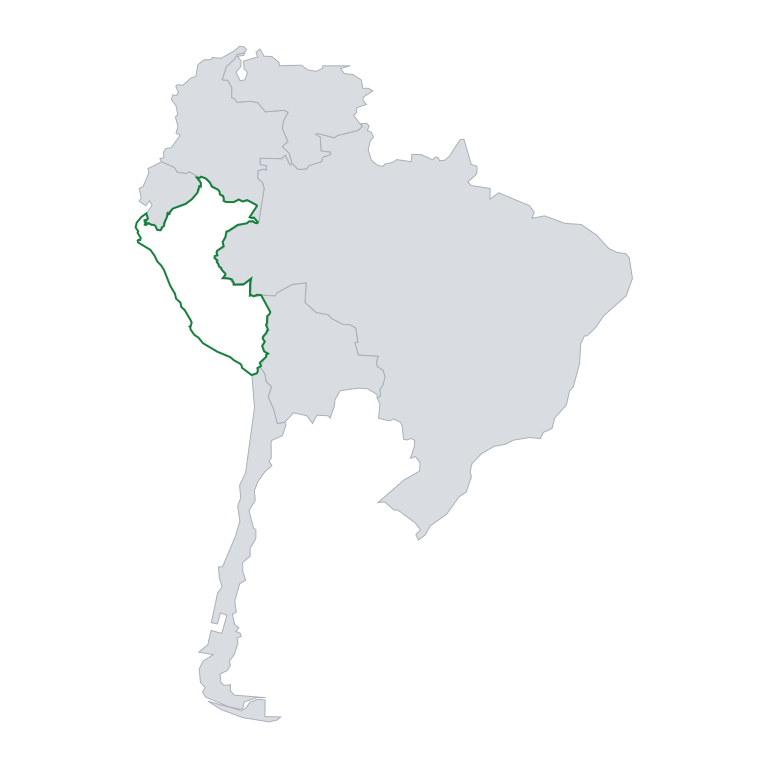 Peru highlighted, Albers equal-area conic projection
{"feature_id": "PER", "entity_name": "Peru", "entity_type": "country or territory", "adm_level": 0, "iso_a3": "PER", "parent_name": "South America", "parent_adm1": "", "projection": "albers", "projection_center": [-73.974, -9.194], "detail": "medium", "context": "with_neighbors", "style": "outline", "palette": "green", "viewbox_px": 768, "rotation_deg": 0, "n_neighbors": 6, "source": "natural_earth", "source_scale": "50m", "svg_char_len": 8209}
<svg xmlns="http://www.w3.org/2000/svg" viewBox="0 0 768 768"><path d="M265.1,700.2L264.9,716.6L280.6,717.0L277.4,719.9L269.3,721.9L242.6,717.6L221.2,709.6L208.2,701.3L241.7,710.6L246.6,707.3L249.7,702.2L258.4,699.2L265.1,700.2ZM260.1,366.8L265.1,374.2L266.4,382.0L271.7,386.6L268.3,396.8L273.6,408.9L277.4,423.5L284.8,422.2L286.0,424.9L282.3,435.7L271.1,440.7L271.2,458.1L269.0,461.4L272.0,465.5L264.8,471.8L258.1,481.3L254.4,490.5L255.2,500.4L249.0,510.6L253.4,527.9L255.9,529.7L255.8,538.7L250.1,548.2L250.2,556.2L242.7,562.4L242.7,571.1L245.6,580.3L239.7,583.7L234.7,601.3L236.3,612.3L232.4,614.1L234.6,624.4L238.9,627.7L235.7,631.4L240.2,633.1L241.2,636.4L237.0,638.0L238.0,643.0L234.4,654.2L229.3,661.3L230.4,665.4L227.3,670.5L220.0,674.1L220.9,682.5L224.2,685.3L230.5,684.8L230.3,690.6L234.2,695.1L265.7,697.7L257.3,697.5L244.2,701.9L242.6,708.8L238.7,709.0L228.1,706.5L205.5,697.0L202.6,692.2L205.2,687.7L200.5,682.5L199.2,668.9L203.2,661.0L213.3,654.6L198.8,652.2L207.8,644.7L211.1,630.4L221.8,633.5L226.9,615.3L220.4,612.9L217.4,623.9L211.3,622.7L217.6,593.1L222.1,586.8L219.3,577.7L218.5,567.0L222.6,566.7L235.6,535.8L239.9,521.1L237.7,506.1L240.7,497.8L239.6,485.3L245.6,472.8L254.5,407.5L251.9,375.0L257.3,372.3L260.1,366.8Z" fill="#d9dde1" stroke="#a8b0b8" stroke-width="1"/><path d="M418.4,540.1L415.9,534.4L420.6,530.0L415.2,522.9L397.8,510.0L394.1,510.1L384.5,501.9L378.0,502.6L403.8,480.1L419.5,471.1L420.2,462.8L415.5,456.5L410.4,458.3L414.4,446.3L414.7,440.5L411.1,438.4L407.2,439.9L403.5,439.2L402.1,425.5L400.3,422.2L393.6,419.0L389.3,420.9L378.6,418.3L379.9,404.0L377.2,397.9L380.5,395.9L379.7,389.7L382.8,385.2L385.0,376.8L382.9,370.1L377.3,366.8L376.4,362.5L378.2,356.3L358.3,355.1L354.8,342.4L357.8,342.3L355.7,328.1L349.8,324.7L343.2,324.6L331.9,318.9L327.9,314.7L316.2,312.6L305.0,302.6L306.2,283.0L292.3,284.5L277.3,292.8L274.9,296.0L261.6,295.1L255.7,296.9L250.9,295.6L251.7,279.1L243.0,285.5L233.7,285.1L229.7,279.3L222.7,278.7L224.9,274.0L219.0,267.4L214.6,257.6L217.4,255.6L217.4,251.0L223.9,247.9L222.8,242.0L225.5,238.3L226.3,233.2L238.6,225.9L248.9,222.2L258.6,222.9L264.1,188.6L262.5,182.5L257.7,178.5L257.9,170.7L264.0,169.0L266.2,170.1L266.6,166.0L260.2,164.8L260.2,158.2L281.5,158.7L285.2,155.1L290.1,164.9L292.2,163.6L298.1,169.4L306.6,168.9L308.8,165.6L321.5,161.7L322.9,157.2L330.8,154.4L330.3,152.2L321.0,151.0L320.3,137.2L315.5,134.3L317.6,133.4L334.3,137.8L337.6,135.4L358.0,130.5L362.2,126.6L360.8,123.6L366.6,123.4L369.1,125.9L367.4,130.5L371.2,132.2L373.5,137.2L370.3,140.8L368.2,149.8L371.4,160.2L377.9,165.5L383.2,166.3L384.5,164.2L393.0,162.3L396.7,159.6L411.3,161.7L411.9,154.3L421.5,154.7L432.3,159.7L435.8,157.0L438.2,157.6L439.6,160.7L444.8,160.2L449.3,156.4L460.2,139.5L464.0,139.3L471.2,164.3L477.0,166.4L476.8,173.8L468.0,182.0L471.2,185.5L490.2,188.5L489.9,199.2L498.6,192.8L529.4,205.6L534.2,212.4L531.9,218.2L544.7,215.9L565.1,223.4L581.2,224.5L596.3,234.9L608.7,248.4L616.6,252.3L625.7,253.7L629.2,257.5L632.4,278.4L626.2,295.8L603.7,315.7L595.8,327.3L587.1,335.9L584.5,335.8L580.8,343.5L579.5,363.7L573.3,386.9L569.6,390.8L566.4,404.9L554.8,417.8L552.0,428.5L543.4,432.4L540.4,438.5L529.4,437.5L513.1,440.2L505.6,444.2L494.0,446.4L481.4,453.8L472.1,463.5L470.1,471.2L471.4,477.0L466.2,492.0L458.8,497.1L446.6,514.2L430.3,525.8L425.2,534.9L418.4,540.1Z" fill="#d9dde1" stroke="#a8b0b8" stroke-width="1"/><path d="M261.6,295.1L274.9,296.0L277.3,292.8L292.3,284.5L306.2,283.0L305.0,302.6L316.2,312.6L327.9,314.7L331.9,318.9L343.2,324.6L349.8,324.7L355.7,328.1L357.8,342.3L354.8,342.4L358.3,355.1L378.2,356.3L376.4,362.5L377.3,366.8L382.9,370.1L385.0,376.8L382.8,385.2L379.7,389.7L380.5,395.9L377.2,397.9L377.1,394.6L367.8,388.8L358.2,388.2L340.2,390.7L334.9,399.9L334.5,405.6L330.1,418.2L328.5,415.9L316.8,415.1L312.6,423.5L306.8,415.7L293.5,412.8L284.8,422.2L277.4,423.5L273.6,408.9L268.3,396.8L271.7,386.6L266.4,382.0L265.1,374.2L260.1,366.8L266.8,355.3L262.5,346.2L264.9,342.6L263.1,338.5L267.2,333.2L268.2,316.4L270.5,312.7L261.6,295.1Z" fill="#d9dde1" stroke="#a8b0b8" stroke-width="1"/><path d="M292.2,163.6L290.1,164.9L285.2,155.1L281.5,158.7L260.2,158.2L260.2,164.8L266.6,166.0L266.2,170.1L264.0,169.0L257.9,170.7L257.7,178.5L262.5,182.5L264.1,188.6L258.6,222.9L253.3,217.0L250.1,216.8L257.1,205.8L248.9,200.7L242.4,201.6L238.5,199.7L232.5,202.5L224.5,201.1L218.1,189.8L202.4,176.9L199.5,177.9L189.5,171.9L186.4,173.6L177.1,172.2L174.4,167.6L161.4,161.8L159.9,158.5L163.9,157.7L163.4,152.3L165.9,148.4L171.3,147.7L180.1,135.3L176.0,132.9L178.0,126.7L175.4,117.1L177.8,114.3L175.9,105.4L171.4,99.9L172.7,94.8L176.3,95.6L178.4,92.4L175.8,86.3L177.1,84.8L182.9,85.1L191.2,77.8L195.8,76.7L197.9,64.6L204.3,59.8L211.3,59.6L212.2,57.5L221.0,58.3L234.2,50.9L239.7,46.1L243.7,46.7L246.6,49.4L244.4,52.8L237.2,54.5L234.3,59.6L226.7,66.3L222.2,79.7L227.9,80.4L231.8,87.4L231.7,97.6L234.4,98.5L237.1,102.2L251.3,101.3L257.8,102.7L265.4,111.8L284.2,110.3L288.1,112.2L283.5,121.3L282.5,128.8L288.0,141.5L282.3,146.7L289.1,152.9L292.2,163.6Z" fill="#d9dde1" stroke="#a8b0b8" stroke-width="1"/><path d="M353.6,115.4L362.2,126.6L358.0,130.5L337.6,135.4L334.3,137.8L317.6,133.4L315.5,134.3L320.3,137.2L321.0,151.0L330.3,152.2L330.8,154.4L322.9,157.2L321.5,161.7L308.8,165.6L306.6,168.9L298.1,169.4L292.2,163.6L289.1,152.9L282.3,146.7L288.0,141.5L282.5,128.8L283.5,121.3L288.1,112.2L284.2,110.3L265.4,111.8L257.8,102.7L251.3,101.3L237.1,102.2L234.4,98.5L231.7,97.6L231.8,87.4L227.9,80.4L222.2,79.7L226.7,66.3L234.3,59.6L237.2,54.5L244.4,52.8L244.1,55.2L237.5,56.4L241.1,61.0L240.9,66.4L236.0,72.3L240.1,80.6L244.9,79.9L247.5,72.5L244.1,68.8L243.6,61.1L257.6,57.0L256.0,52.2L260.0,49.0L264.0,56.2L271.8,56.5L279.0,62.3L279.4,65.7L301.4,65.2L307.7,69.9L316.3,71.4L322.6,68.3L322.8,65.8L350.1,65.8L340.5,68.5L344.2,73.5L353.1,74.6L361.3,80.0L362.8,88.3L368.6,88.3L372.9,90.9L363.8,96.7L362.7,100.4L366.4,104.4L356.7,107.7L356.7,112.6L353.6,115.4Z" fill="#d9dde1" stroke="#a8b0b8" stroke-width="1"/><path d="M199.5,177.9L201.1,186.1L197.7,193.1L186.0,204.4L173.0,208.8L166.5,218.3L164.6,225.6L158.6,230.2L154.0,224.8L145.2,224.6L144.8,220.6L147.9,218.0L146.5,213.5L152.1,205.4L149.7,200.7L145.7,205.8L139.1,201.2L141.2,198.1L139.2,188.3L143.0,186.7L148.9,172.9L148.0,168.6L161.4,161.8L174.4,167.6L177.1,172.2L186.4,173.6L189.5,171.9L199.5,177.9Z" fill="#d9dde1" stroke="#a8b0b8" stroke-width="1"/><path d="M257.8,222.2L256.9,223.2L254.9,222.8L253.1,221.2L248.9,221.4L247.0,223.3L237.6,224.9L228.4,231.0L226.4,231.6L225.4,237.1L222.6,242.1L223.7,246.1L217.0,250.9L216.5,252.8L217.4,255.3L214.8,256.0L214.4,257.9L217.4,260.4L216.8,262.1L218.2,263.6L219.2,266.5L221.3,268.0L221.9,269.9L225.3,273.6L225.4,275.0L222.8,278.1L227.0,278.1L231.6,279.2L233.8,282.9L233.7,284.6L243.7,284.2L251.1,278.6L250.1,282.8L249.9,295.6L251.0,295.0L253.6,296.3L257.1,294.8L261.1,295.1L270.3,312.1L269.5,314.1L267.2,316.1L267.0,322.8L266.0,324.8L268.1,330.1L266.7,331.1L266.6,332.4L262.9,336.8L262.7,338.6L264.8,341.6L262.1,346.0L264.2,351.5L268.1,353.6L266.1,355.0L266.2,356.8L259.8,362.7L261.0,366.1L257.4,368.1L257.9,371.2L256.6,373.5L251.5,375.0L242.0,367.8L241.4,365.0L240.0,363.6L234.1,360.4L230.4,357.2L217.3,351.7L203.0,343.2L198.5,337.7L194.3,334.8L190.5,329.4L190.4,327.4L189.6,326.5L190.8,325.9L191.6,322.7L191.2,321.2L184.7,310.1L181.3,307.0L180.5,302.7L176.1,298.7L175.0,293.8L170.2,285.7L163.9,269.8L161.1,265.4L157.2,261.4L154.5,255.6L150.4,249.9L138.0,242.4L137.7,240.5L138.5,239.8L140.2,240.0L140.7,237.8L137.6,232.8L138.2,231.3L135.6,227.4L136.7,222.7L141.2,217.2L146.3,213.4L147.9,218.6L146.6,220.0L144.6,220.1L144.6,221.8L146.1,222.2L144.8,224.7L145.8,225.0L148.4,223.1L152.1,225.0L153.8,224.8L155.2,225.7L157.2,229.9L160.4,230.3L161.6,229.0L161.7,227.5L164.1,225.8L164.1,223.2L166.8,217.3L167.6,213.1L168.9,214.1L169.6,213.9L169.3,212.6L172.8,208.6L185.5,203.9L191.8,199.3L197.4,192.8L199.2,186.2L200.9,186.5L200.8,182.6L196.8,177.6L199.9,177.8L201.1,176.7L205.7,178.4L207.7,180.2L209.9,182.5L211.8,186.7L218.1,189.7L219.6,191.8L219.9,194.5L223.1,195.9L223.9,198.7L223.6,200.8L225.9,202.0L233.7,202.1L238.8,199.5L242.6,201.5L247.2,200.1L256.6,205.1L256.9,206.1L249.6,217.2L251.8,218.1L253.9,217.6L257.8,222.2Z" fill="none" stroke="#15803d" stroke-width="2"/></svg>